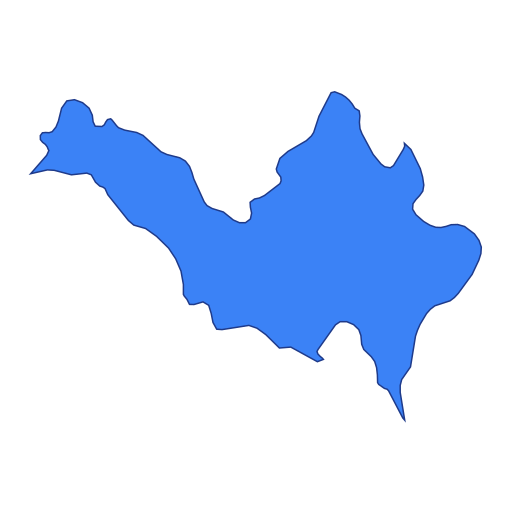 outline of Lai Chau
{"feature_id": "VNM-453", "entity_name": "Lai Chau", "entity_type": "Province", "adm_level": 1, "iso_a3": "VNM", "parent_name": "Vietnam", "parent_adm1": "", "projection": "natural_earth1", "projection_center": [103.098, 22.339], "detail": "fine", "context": "isolated", "style": "filled", "palette": "blue", "viewbox_px": 512, "rotation_deg": 0, "n_neighbors": 0, "source": "natural_earth", "source_scale": "10m", "svg_char_len": 2305}
<svg xmlns="http://www.w3.org/2000/svg" viewBox="0 0 512 512"><path d="M390.3,167.8L393.5,165.6L403.2,149.6L404.7,146.2L404.4,143.3L410.9,149.5L420.3,168.7L422.6,177.0L423.8,185.1L422.8,191.1L419.7,195.5L416.0,199.5L413.0,203.7L412.6,209.2L416.0,214.8L423.7,221.5L429.9,225.2L435.8,227.3L441.0,227.5L446.1,226.4L451.2,224.7L457.6,224.5L464.6,226.5L474.4,233.9L479.0,240.4L481.3,247.1L480.9,253.6L478.8,260.2L472.1,274.4L458.3,293.3L454.4,297.5L450.1,300.8L434.8,305.8L430.3,309.3L426.5,313.6L420.1,324.3L417.5,330.2L415.5,336.1L410.5,366.9L401.7,379.5L400.2,385.4L400.2,392.4L404.7,420.2L402.8,418.0L388.6,390.8L387.1,389.2L384.4,388.4L378.7,384.4L377.6,382.6L377.4,374.9L376.6,367.7L374.7,361.5L371.3,356.7L363.8,349.5L361.7,344.3L360.9,335.5L358.8,329.6L353.6,324.6L346.8,321.7L340.1,321.7L335.5,324.8L318.0,349.5L317.0,351.5L317.9,354.0L320.1,356.3L322.4,358.2L323.4,359.4L317.4,361.7L290.8,347.1L279.4,348.0L265.9,334.7L257.0,328.2L248.9,325.4L222.0,329.6L216.7,329.2L213.0,322.5L211.2,313.4L208.7,305.3L203.0,301.9L194.0,304.5L189.5,304.4L187.0,299.4L184.3,296.1L183.4,294.4L183.4,284.5L181.0,271.1L175.7,258.8L168.6,248.1L156.5,236.3L145.6,228.5L133.8,225.1L128.4,220.5L107.8,194.7L105.0,188.5L102.7,187.0L99.8,186.1L95.5,182.2L91.3,174.8L86.8,173.1L71.4,174.8L54.2,170.3L47.4,169.9L30.7,173.7L46.7,155.3L48.9,150.5L48.4,149.8L47.2,146.8L45.4,144.4L42.6,142.3L40.4,139.6L40.3,135.6L42.4,132.8L45.6,132.5L49.1,132.7L52.2,131.7L56.0,127.0L58.4,121.1L61.6,108.2L66.8,100.9L74.5,99.7L82.6,102.7L89.1,108.2L92.3,115.2L93.1,121.8L95.2,126.2L102.0,126.5L104.3,124.8L105.7,122.1L107.5,119.6L110.7,118.8L112.1,120.1L116.6,125.8L118.5,127.7L124.6,130.1L136.7,132.5L143.0,135.4L161.0,151.8L166.9,154.5L179.8,157.8L185.4,161.1L189.5,166.4L191.9,172.5L193.8,179.0L204.2,201.9L207.0,205.6L212.1,208.5L223.4,212.0L233.3,220.0L239.4,222.7L245.5,222.7L250.4,219.0L251.6,213.1L250.4,207.2L250.1,202.3L254.5,199.0L259.4,198.0L264.5,195.5L280.0,183.6L281.1,180.8L280.8,177.1L277.1,172.0L276.3,169.0L279.9,158.4L288.0,151.4L306.3,140.7L311.4,136.0L313.7,132.4L319.0,116.2L331.1,92.7L334.7,91.8L341.6,94.5L345.5,97.0L349.1,100.2L352.2,104.0L354.8,108.2L359.2,110.9L359.9,116.0L359.4,122.3L360.0,128.7L362.0,133.8L373.1,154.4L381.0,164.0L384.7,166.8L390.3,167.8Z" fill="#3b82f6" stroke="#1e3a8a" stroke-width="1.5"/></svg>